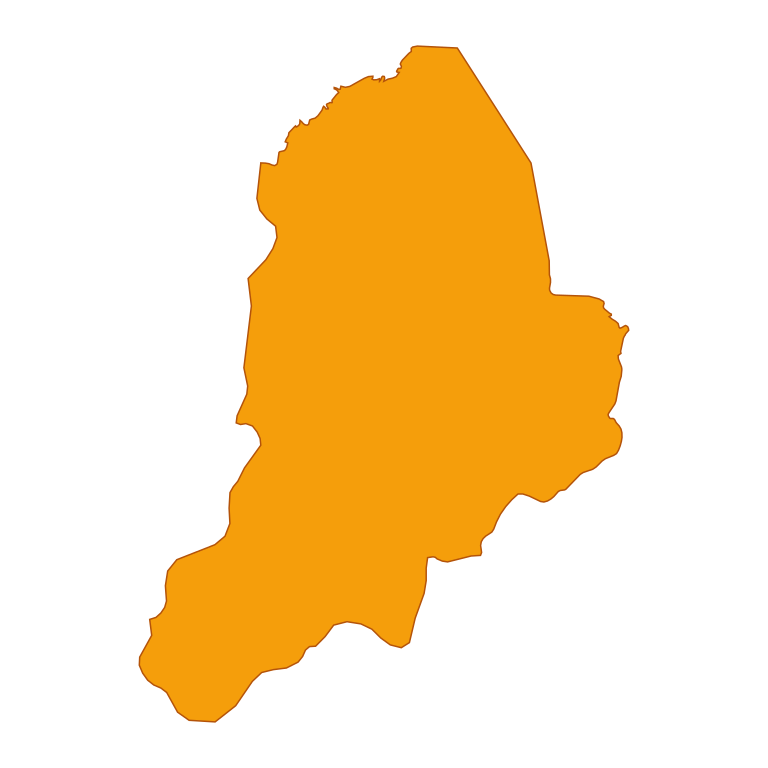 Borno, Robinson projection
{"feature_id": "NGA-2839", "entity_name": "Borno", "entity_type": "State", "adm_level": 1, "iso_a3": "NGA", "parent_name": "Nigeria", "parent_adm1": "", "projection": "robinson", "projection_center": [13.296, 11.875], "detail": "fine", "context": "isolated", "style": "filled", "palette": "amber", "viewbox_px": 768, "rotation_deg": 0, "n_neighbors": 0, "source": "natural_earth", "source_scale": "10m", "svg_char_len": 3534}
<svg xmlns="http://www.w3.org/2000/svg" viewBox="0 0 768 768"><path d="M457.3,48.0L494.2,105.5L531.0,163.0L540.1,211.9L549.2,260.8L549.4,275.0L549.7,275.9L550.5,278.9L550.5,282.5L549.5,288.1L549.6,290.2L551.1,293.0L553.2,294.5L555.7,295.1L588.9,296.2L599.2,299.0L603.6,301.6L604.1,303.5L603.3,306.2L603.6,307.9L604.7,309.2L609.5,313.2L611.3,314.1L611.3,315.4L610.7,315.7L609.1,316.7L612.2,319.2L615.5,321.2L618.1,323.5L619.1,327.3L620.0,328.2L622.1,327.4L624.4,326.0L625.7,325.5L627.6,326.6L628.4,328.4L628.7,330.3L625.6,333.9L625.2,335.0L624.4,336.1L623.4,338.2L620.6,351.4L621.0,353.4L618.1,355.5L618.4,359.0L621.5,366.9L621.8,368.9L621.8,370.2L621.2,376.4L619.4,382.2L616.0,400.9L614.8,404.0L608.9,412.8L608.1,414.4L608.4,416.0L609.8,418.2L610.5,418.5L613.2,418.5L614.4,419.3L615.1,420.5L615.7,421.8L616.5,423.0L619.2,426.0L621.0,429.1L621.9,432.8L622.0,437.4L621.4,441.3L620.2,445.8L618.5,450.2L616.5,453.6L613.8,455.3L605.4,458.7L602.1,461.0L596.2,466.9L592.8,469.2L583.2,472.5L580.2,474.4L565.8,489.3L564.6,489.9L560.2,490.5L558.3,491.5L553.8,496.6L550.9,499.0L547.5,501.0L543.9,502.0L540.6,501.5L529.3,496.1L522.9,494.0L518.0,494.0L511.8,499.7L505.7,506.6L500.4,514.2L496.5,521.9L493.7,529.2L491.8,532.1L485.7,536.1L483.1,538.6L481.3,541.7L480.6,545.5L481.6,552.5L480.5,555.4L480.4,555.4L471.1,556.0L447.6,561.9L442.3,561.1L437.1,558.9L435.3,557.3L433.1,556.8L427.6,557.6L426.2,568.1L426.2,580.6L424.1,593.4L415.2,618.1L409.4,642.6L401.3,647.7L390.3,644.9L380.9,638.1L371.9,629.2L360.9,623.9L347.0,621.7L333.7,625.1L325.1,636.6L315.6,646.2L309.5,646.6L305.5,650.0L302.6,656.5L298.1,662.1L286.4,668.0L273.5,669.6L261.7,672.5L252.4,681.3L235.7,705.7L215.1,721.9L189.1,720.3L177.6,712.2L166.7,692.5L160.8,688.0L153.8,685.0L147.7,680.2L142.7,673.2L139.3,665.2L139.7,657.1L151.7,635.4L149.7,619.4L156.0,617.4L160.9,613.0L164.7,607.4L166.5,601.0L165.4,585.7L167.7,571.0L176.8,559.7L214.9,544.7L225.0,536.2L229.9,523.5L229.1,508.1L230.0,492.6L233.4,486.6L237.8,481.3L244.5,467.9L260.8,445.2L260.1,438.5L257.2,432.1L252.5,426.0L245.9,423.6L240.5,424.5L236.2,422.9L237.1,415.8L246.8,394.2L247.7,386.1L243.9,367.8L251.4,306.0L248.1,278.5L265.9,259.7L272.9,248.6L277.0,237.5L275.6,226.2L266.9,219.0L259.8,210.1L256.9,198.4L260.8,163.2L260.8,162.9L265.3,163.1L269.0,163.7L272.0,165.0L274.7,165.6L276.9,164.3L277.6,162.2L279.0,152.4L279.8,151.7L283.4,150.9L284.6,150.5L285.9,148.9L286.8,146.9L287.8,142.9L285.2,141.8L286.3,139.1L288.4,135.7L288.9,132.7L294.8,126.5L295.6,125.9L296.2,127.0L297.3,126.5L298.4,125.6L299.5,124.4L299.8,123.3L300.0,120.3L301.7,121.8L303.1,123.4L304.7,124.7L307.2,125.2L308.6,124.3L309.7,120.0L311.6,119.1L315.2,118.1L317.9,115.8L322.0,110.2L323.1,107.1L323.3,107.0L323.7,106.3L324.7,107.1L325.6,108.4L326.0,109.0L328.2,108.8L328.2,108.1L327.1,106.7L326.5,104.6L327.0,103.9L329.1,103.1L329.8,102.6L330.2,102.5L331.6,102.7L332.1,102.6L332.2,102.1L332.0,100.6L332.1,100.1L336.6,94.5L338.7,92.6L337.7,91.1L336.7,90.0L335.5,89.3L334.2,88.8L334.2,87.5L336.7,88.2L338.8,89.4L340.2,89.2L340.9,86.2L345.4,87.3L349.8,86.4L364.3,78.3L368.4,76.6L372.9,76.2L372.9,77.3L372.0,79.1L373.8,79.9L376.8,79.7L379.5,78.7L379.5,79.3L379.5,81.3L380.7,80.0L381.9,76.9L382.8,76.2L384.3,76.5L384.7,78.0L384.3,79.8L383.8,81.3L388.1,79.1L392.4,78.2L396.3,76.6L399.2,72.4L397.0,72.1L396.6,71.2L398.1,68.6L398.8,68.3L400.0,68.4L401.0,68.2L401.4,66.7L401.2,65.7L400.4,64.4L400.4,63.6L401.3,61.8L402.4,60.1L408.8,53.4L411.3,51.5L411.2,48.3L412.7,47.0L417.3,46.1L417.5,46.1L457.3,48.0Z" fill="#f59e0b" stroke="#b45309" stroke-width="1.5"/></svg>